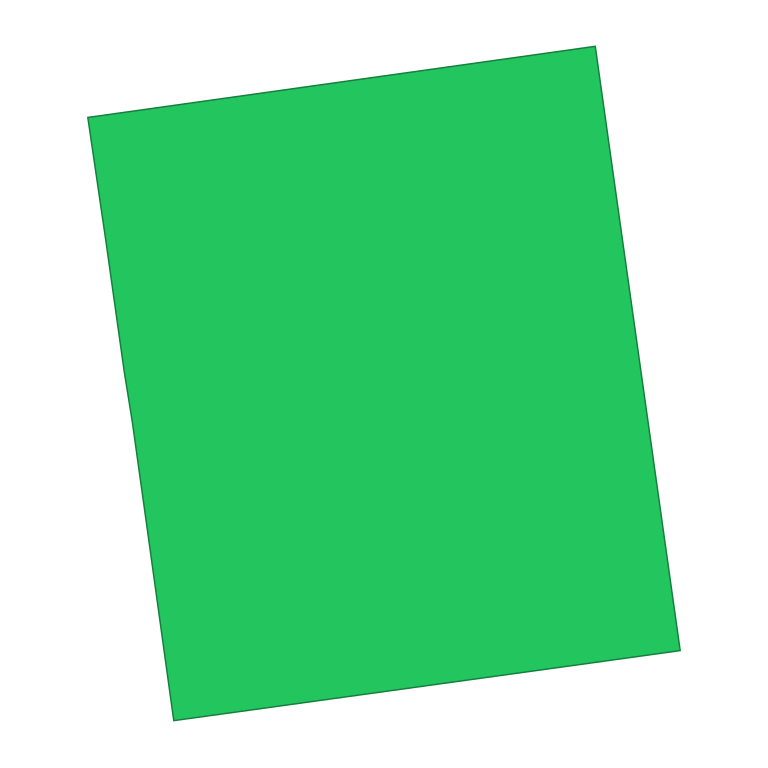 the district of Mitchell, Iowa, United States of America, rotated 262°
{"feature_id": "52423323B1744972810142", "entity_name": "Mitchell", "entity_type": "district", "adm_level": 2, "iso_a3": "USA", "parent_name": "United States of America", "parent_adm1": "Iowa", "projection": "albers", "projection_center": [-92.779, 43.357], "detail": "fine", "context": "isolated", "style": "filled", "palette": "green", "viewbox_px": 768, "rotation_deg": 262, "n_neighbors": 0, "source": "geoboundaries", "source_scale": "gbopen_adm2", "svg_char_len": 359}
<svg xmlns="http://www.w3.org/2000/svg" viewBox="0 0 768 768"><g transform="rotate(262 384 384)"><path d="M79.9,129.0L78.9,564.0L78.8,640.2L689.0,640.2L689.2,127.8L565.0,128.5L559.7,128.5L534.8,128.5L513.5,128.5L508.7,128.5L489.9,128.5L432.0,128.5L382.5,129.5L279.2,129.4L101.2,129.0L79.9,129.0Z" fill="#22c55e" stroke="#15803d" stroke-width="1.5"/></g></svg>